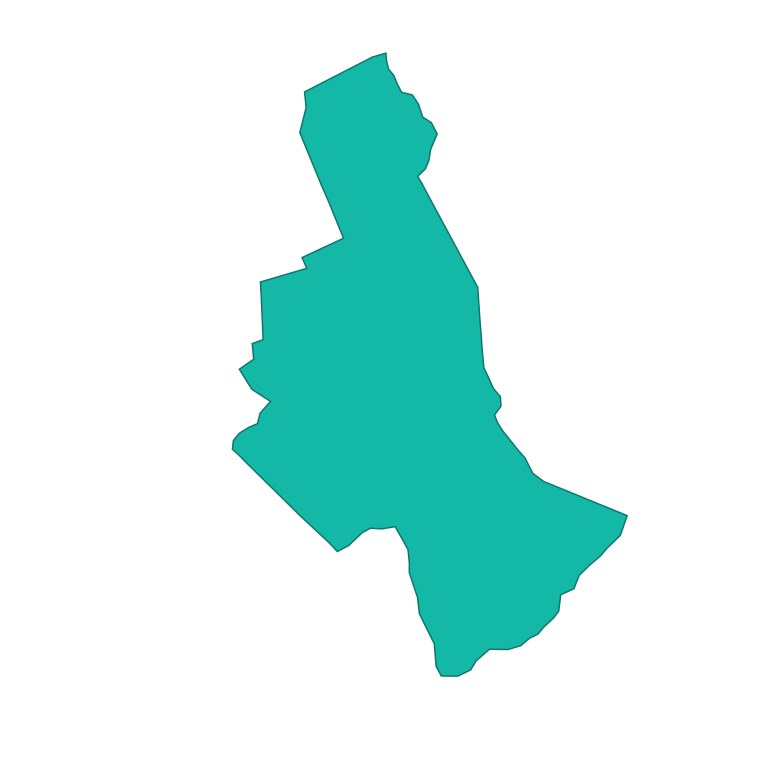 the district of Igrejinha, Rio Grande do Sul, Brazil, rotated 62°
{"feature_id": "56859067B34596545395874", "entity_name": "Igrejinha", "entity_type": "district", "adm_level": 2, "iso_a3": "BRA", "parent_name": "Brazil", "parent_adm1": "Rio Grande do Sul", "projection": "robinson", "projection_center": [-50.791, -29.565], "detail": "fine", "context": "isolated", "style": "filled", "palette": "teal", "viewbox_px": 768, "rotation_deg": 62, "n_neighbors": 0, "source": "geoboundaries", "source_scale": "gbopen_adm2", "svg_char_len": 1390}
<svg xmlns="http://www.w3.org/2000/svg" viewBox="0 0 768 768"><g transform="rotate(62 384 384)"><path d="M614.4,231.1L588.1,253.0L578.8,260.7L568.3,269.4L545.0,288.8L532.8,294.6L515.6,294.2L503.2,297.1L480.9,301.2L471.7,301.9L463.3,301.0L458.5,291.1L449.8,287.2L439.3,289.5L429.1,288.8L416.5,288.2L396.3,279.7L388.7,276.2L374.7,270.2L342.7,255.9L241.8,256.4L224.5,256.4L216.4,256.8L213.5,246.4L207.7,239.4L198.7,232.6L188.2,219.7L175.5,219.5L166.6,224.5L153.3,222.2L142.3,223.2L134.6,231.5L125.7,231.5L116.5,230.5L108.1,232.1L100.1,230.1L92.8,227.0L89.9,240.6L89.1,294.6L88.8,317.0L103.4,323.0L122.5,340.3L179.0,345.9L195.9,347.2L236.3,351.3L233.9,397.0L245.6,397.9L235.9,445.2L248.5,451.0L276.8,464.5L288.1,469.9L286.5,481.4L300.9,487.4L303.1,504.8L326.6,503.2L336.3,497.8L346.1,492.4L351.6,507.1L359.6,514.3L358.8,523.6L359.6,535.0L363.2,543.5L370.5,548.5L379.0,545.4L390.8,541.9L420.7,532.5L460.3,520.1L497.5,507.3L510.0,503.8L510.1,491.2L505.0,472.8L505.0,463.6L511.0,453.7L515.2,441.1L530.3,440.7L541.4,440.5L553.8,445.6L562.4,450.2L588.2,454.6L603.6,460.6L637.0,461.6L657.7,470.5L668.7,470.5L676.6,456.0L677.1,441.7L671.7,432.6L667.7,415.4L676.6,399.3L679.2,386.1L676.8,374.7L677.1,365.6L673.7,357.3L670.4,344.7L666.6,336.4L653.0,326.9L653.9,312.4L644.6,301.5L640.5,287.6L637.5,273.9L633.7,264.2L628.6,246.4L614.4,231.1Z" fill="#14b8a6" stroke="#0f766e" stroke-width="1.5"/></g></svg>